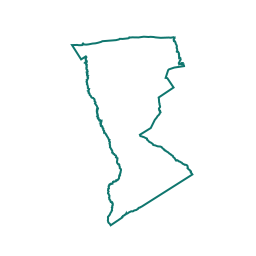 Necochea, Buenos Aires, Argentina, rotated 193°
{"feature_id": "61730980B86190537601519", "entity_name": "Necochea", "entity_type": "district", "adm_level": 2, "iso_a3": "ARG", "parent_name": "Argentina", "parent_adm1": "Buenos Aires", "projection": "orthographic", "projection_center": [-59.026, -38.176], "detail": "fine", "context": "isolated", "style": "outline", "palette": "teal", "viewbox_px": 256, "rotation_deg": 193, "n_neighbors": 0, "source": "geoboundaries", "source_scale": "gbopen_adm2", "svg_char_len": 5904}
<svg xmlns="http://www.w3.org/2000/svg" viewBox="0 0 256 256"><g transform="rotate(193 128 128)"><path d="M133.4,66.3L133.3,65.4L133.0,64.8L133.6,64.3L133.4,63.7L133.5,63.1L133.4,62.6L132.6,61.8L132.9,61.0L132.8,59.9L132.1,59.5L131.9,58.9L130.9,58.0L130.8,57.1L130.6,56.7L130.6,56.1L130.8,55.8L130.3,55.1L130.1,54.2L129.1,53.7L128.6,52.9L128.5,52.4L128.1,52.0L126.8,52.2L126.5,51.9L126.6,51.6L126.4,50.9L125.7,50.6L125.5,49.1L125.9,48.4L125.5,47.5L125.8,46.9L125.4,46.6L125.3,44.6L125.0,44.1L125.3,43.6L125.3,42.9L125.9,41.4L126.3,39.2L126.8,38.5L127.0,37.7L127.5,37.1L127.5,36.6L127.0,35.1L126.8,33.2L126.4,32.7L126.2,32.0L125.5,31.2L124.2,30.6L123.0,29.3L113.4,39.6L113.3,39.9L113.6,40.2L113.4,40.4L113.2,41.1L111.8,42.2L111.7,42.7L110.9,43.2L110.8,43.6L110.6,43.7L110.5,44.2L110.4,44.0L109.3,44.6L108.1,46.0L106.1,47.6L104.7,47.8L104.1,48.2L103.5,49.0L101.3,50.1L100.9,50.7L100.3,51.2L100.0,51.6L100.0,52.0L99.5,52.7L98.6,53.0L98.1,53.7L97.2,54.3L54.8,97.2L55.6,98.0L56.8,98.7L56.7,99.3L56.9,99.9L57.4,99.9L58.6,101.1L59.4,101.2L61.0,102.3L60.8,102.9L61.2,103.5L61.3,104.2L62.3,105.0L63.6,105.2L64.2,104.9L64.7,104.9L65.1,105.2L66.8,105.5L67.8,106.3L68.5,106.4L69.9,106.9L70.9,106.9L71.6,107.4L72.1,107.4L72.7,107.7L73.0,107.7L73.3,107.2L74.0,107.1L75.8,109.1L77.3,109.8L78.0,110.9L78.4,111.1L79.6,111.3L80.1,111.8L82.1,112.5L83.4,113.3L85.7,114.0L86.4,114.5L87.1,114.4L87.9,114.9L87.9,115.2L89.5,115.9L90.9,116.8L91.0,117.0L92.3,117.2L95.0,116.8L97.7,117.2L98.6,117.1L99.7,117.2L100.0,117.8L100.7,118.2L102.9,119.1L103.6,119.1L104.8,119.6L105.4,120.3L106.7,120.8L106.9,121.0L107.1,121.9L107.5,122.1L108.2,122.1L110.9,122.8L111.7,122.7L112.3,122.9L114.1,122.9L114.9,124.1L105.8,133.1L103.7,142.0L102.3,144.8L102.0,146.0L101.0,147.5L100.4,148.8L100.4,149.7L99.8,150.5L100.4,151.6L100.6,151.4L101.0,151.7L101.6,152.4L101.6,152.7L102.2,153.6L102.2,154.1L101.5,155.6L101.6,156.3L102.6,158.0L102.8,158.9L103.4,159.9L104.4,163.2L105.0,164.6L92.7,177.7L100.9,185.4L102.6,185.3L101.9,193.2L101.6,193.9L101.2,194.4L96.5,197.3L87.3,200.9L87.4,201.2L88.2,201.6L88.2,202.5L89.3,202.5L89.3,203.6L90.0,203.5L89.9,202.7L90.4,202.5L90.6,202.1L91.6,202.5L91.8,202.1L92.4,201.7L92.5,202.3L93.0,202.4L93.1,202.9L92.9,203.1L92.6,205.1L92.4,205.4L92.4,205.9L92.1,206.3L92.1,206.7L92.5,207.4L93.0,207.7L92.9,208.0L93.1,208.1L93.9,207.6L94.1,208.2L94.0,208.7L94.4,209.2L94.4,209.8L95.0,211.1L94.8,211.4L95.5,212.7L95.9,212.9L96.2,213.4L96.5,213.3L97.6,213.3L97.7,213.6L97.5,213.8L97.5,214.8L98.0,216.2L98.5,216.7L98.8,217.6L98.6,218.1L99.1,219.4L100.5,220.9L100.9,221.9L101.4,222.6L102.6,222.9L102.5,223.6L103.3,224.0L103.4,224.7L103.0,225.8L102.8,226.1L102.9,226.4L103.0,226.3L104.0,226.7L106.6,225.6L108.7,225.3L116.5,223.2L121.5,222.5L123.6,222.4L126.6,221.9L128.4,221.3L133.2,220.5L138.1,218.6L144.2,217.3L146.0,216.7L147.1,216.6L147.3,215.9L148.0,215.4L153.2,213.6L156.2,213.0L156.7,212.3L159.5,210.9L172.5,206.8L173.7,205.8L176.4,204.3L178.7,203.2L181.5,202.3L185.3,200.6L187.6,199.8L189.8,199.5L190.4,200.0L191.6,200.7L191.1,200.2L190.4,199.9L190.7,199.0L191.4,198.4L194.5,197.6L196.2,197.5L201.2,196.2L189.1,184.3L185.2,188.3L184.7,188.0L184.5,187.5L185.4,186.7L184.7,186.2L184.8,185.6L184.4,185.0L184.3,184.5L183.8,184.4L183.3,184.0L183.3,183.5L183.0,183.2L183.1,182.9L184.0,182.8L184.5,182.2L184.7,181.8L184.0,181.6L183.4,180.9L182.9,180.9L182.2,180.2L182.6,179.2L181.8,178.2L182.2,177.1L181.6,176.3L181.7,176.0L181.6,175.8L180.9,175.6L180.6,175.2L180.7,174.7L180.5,174.2L180.0,173.9L180.1,173.2L180.8,172.9L180.4,172.1L179.6,171.6L179.6,171.3L180.0,170.9L179.9,170.3L179.1,169.7L178.7,169.7L179.0,168.6L178.3,168.1L178.1,167.8L178.3,166.8L178.5,166.6L178.5,166.0L179.0,165.6L178.5,164.8L178.5,164.6L178.9,164.1L178.8,163.6L178.1,163.0L178.1,162.4L177.6,161.8L177.8,161.3L177.7,161.2L177.3,160.9L176.8,160.2L176.4,159.1L176.1,158.8L176.2,158.0L175.1,157.0L174.7,157.1L174.8,155.6L175.3,155.1L174.4,154.6L174.2,154.0L174.4,153.5L174.3,153.3L173.3,153.0L172.8,151.6L171.6,151.0L170.5,149.6L169.9,149.4L168.6,149.4L167.9,148.8L167.4,148.7L167.2,148.4L166.7,147.6L166.7,146.7L165.4,145.7L165.7,144.4L164.8,143.9L164.3,143.2L163.6,142.8L162.6,141.2L162.2,141.0L161.6,140.2L161.8,139.5L162.5,139.4L162.5,139.2L161.9,138.8L162.3,137.9L162.3,137.7L161.7,137.5L161.7,136.7L161.9,136.6L161.8,136.2L161.2,135.6L161.2,135.4L161.3,134.9L160.9,134.6L160.6,134.5L160.6,133.9L160.2,133.5L160.7,132.5L159.7,132.0L159.5,131.8L159.8,131.6L159.9,131.1L159.8,130.9L158.8,130.0L158.3,130.1L157.7,129.7L157.7,129.2L157.2,129.4L156.8,128.7L156.7,128.9L155.5,129.2L155.5,128.6L155.3,128.2L155.8,127.7L155.6,127.0L155.8,126.8L155.4,126.3L155.4,126.1L155.6,125.9L155.2,125.8L155.1,124.3L154.6,124.2L154.8,124.0L154.7,123.8L154.3,123.9L153.0,123.2L152.9,122.4L151.9,121.9L151.8,120.6L150.7,120.0L150.4,119.4L150.6,118.9L150.2,118.1L150.0,118.3L148.4,117.4L148.1,116.6L147.1,116.1L146.7,115.3L145.2,114.0L144.1,112.4L143.4,112.3L143.5,111.0L143.1,110.5L142.6,110.4L142.4,110.0L142.3,108.9L142.5,108.5L141.9,107.8L141.7,106.8L141.3,106.4L141.3,105.2L140.1,104.3L139.9,104.0L139.4,103.5L139.4,103.2L138.7,102.8L138.2,102.2L138.1,101.6L137.8,101.1L137.9,100.5L137.1,100.4L136.4,99.5L135.5,99.5L134.9,98.7L133.6,98.4L133.0,97.5L133.1,96.7L132.3,96.6L132.0,96.2L131.4,96.1L131.3,95.1L131.4,94.8L131.1,93.7L131.3,93.3L131.1,92.3L130.4,91.2L129.9,91.0L129.5,90.5L128.7,90.7L128.1,90.1L128.0,89.2L127.3,88.4L127.0,87.0L125.8,86.4L125.4,85.7L125.3,84.8L125.4,83.6L125.2,82.9L125.5,82.2L125.3,81.9L125.3,81.2L125.6,80.7L125.7,80.3L125.2,79.8L125.8,79.2L125.6,78.6L125.7,78.2L125.4,77.0L125.7,76.3L125.9,76.1L125.9,75.7L126.2,75.2L126.8,75.0L126.8,74.6L127.3,74.1L127.7,74.2L127.7,73.6L127.9,73.3L128.5,73.2L129.2,72.6L129.9,72.7L130.5,72.2L130.4,71.6L130.8,71.0L130.9,70.6L130.7,70.2L131.7,69.7L132.1,69.8L132.3,69.3L132.8,69.4L133.5,68.6L133.3,67.8L133.7,67.3L133.8,67.0L133.7,66.5L133.4,66.3Z" fill="none" stroke="#0f766e" stroke-width="2"/></g></svg>